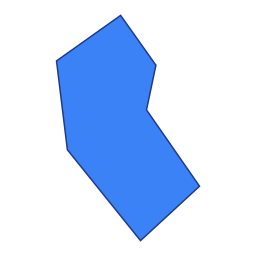 Assuit City, Asyut, Egypt (Equal Earth projection)
{"feature_id": "37247803B89417957828076", "entity_name": "Assuit City", "entity_type": "district", "adm_level": 2, "iso_a3": "EGY", "parent_name": "Egypt", "parent_adm1": "Asyut", "projection": "equal_earth", "projection_center": [31.287, 27.255], "detail": "fine", "context": "isolated", "style": "filled", "palette": "blue", "viewbox_px": 256, "rotation_deg": 0, "n_neighbors": 0, "source": "geoboundaries", "source_scale": "gbopen_adm2", "svg_char_len": 223}
<svg xmlns="http://www.w3.org/2000/svg" viewBox="0 0 256 256"><path d="M199.5,186.2L146.5,109.9L155.9,65.2L120.6,15.4L56.5,60.9L67.4,149.8L140.5,240.6L199.5,186.2Z" fill="#3b82f6" stroke="#1e3a8a" stroke-width="1.5"/></svg>